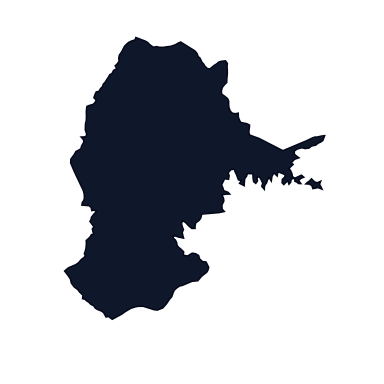 Pedregulho, São Paulo, Brazil, rotated 104°
{"feature_id": "56859067B25451774631659", "entity_name": "Pedregulho", "entity_type": "district", "adm_level": 2, "iso_a3": "BRA", "parent_name": "Brazil", "parent_adm1": "São Paulo", "projection": "albers", "projection_center": [-47.446, -20.16], "detail": "fine", "context": "isolated", "style": "filled", "palette": "ink", "viewbox_px": 384, "rotation_deg": 104, "n_neighbors": 0, "source": "geoboundaries", "source_scale": "gbopen_adm2", "svg_char_len": 4311}
<svg xmlns="http://www.w3.org/2000/svg" viewBox="0 0 384 384"><g transform="rotate(104 192 192)"><path d="M334.1,245.2L333.0,242.9L334.8,238.6L327.4,230.5L324.4,228.0L319.7,223.3L317.1,219.1L315.9,216.4L314.7,211.6L315.4,200.2L315.0,197.1L311.5,192.2L306.6,189.7L304.4,188.9L301.5,187.9L298.5,186.3L293.7,185.9L291.5,185.4L288.5,183.4L286.1,181.1L285.0,178.8L278.7,170.4L276.7,164.9L271.4,162.3L266.3,158.3L264.0,157.6L261.0,157.6L256.5,161.4L256.9,165.1L255.0,168.5L252.0,170.2L251.0,173.7L251.3,177.0L252.9,178.6L255.1,180.8L255.4,185.1L252.1,185.6L250.3,188.6L248.7,192.0L247.1,193.7L244.7,194.7L242.6,196.5L241.5,198.6L239.5,200.1L238.7,197.2L239.0,194.4L238.8,189.0L235.7,190.7L233.5,191.7L230.6,191.2L228.0,193.0L225.2,194.6L222.1,194.1L223.2,190.8L225.7,187.0L227.4,183.4L226.6,180.2L224.4,180.8L221.1,180.9L218.1,178.4L215.4,177.2L211.1,177.2L205.4,160.6L203.1,155.9L201.3,158.6L197.4,159.8L195.0,159.3L193.0,158.9L190.4,159.9L187.5,162.3L186.0,158.7L184.9,154.9L183.6,156.9L183.0,161.6L180.5,163.0L177.9,165.0L174.1,164.2L171.3,163.6L170.8,159.6L167.1,159.9L164.7,161.6L160.8,159.6L159.7,156.4L161.8,155.2L164.4,153.0L169.0,149.9L168.9,146.9L172.1,148.0L172.6,145.7L173.3,142.9L168.9,143.7L166.1,144.0L163.7,142.9L160.8,142.7L160.2,140.1L159.5,137.4L163.5,136.2L167.1,134.7L168.2,132.2L165.5,131.1L161.8,132.6L161.2,130.1L163.4,127.8L166.4,125.5L169.7,125.7L171.9,122.5L169.5,123.0L167.3,122.8L165.3,121.9L161.8,121.6L159.2,120.8L162.2,117.7L157.5,118.2L153.6,117.2L155.9,113.2L151.5,113.5L152.0,110.3L152.3,107.7L153.1,105.5L155.2,105.7L157.9,107.4L161.2,106.9L162.6,104.7L160.3,103.4L157.8,101.9L161.0,99.8L158.9,98.7L155.3,98.7L153.8,95.6L152.7,98.3L150.2,99.4L147.7,101.2L145.6,103.6L142.9,101.9L140.8,100.5L139.6,102.8L135.5,100.4L132.9,96.5L132.1,98.8L130.3,102.1L127.3,102.5L124.8,100.2L122.5,96.0L122.5,92.7L121.0,89.0L118.5,87.2L116.7,83.4L114.0,81.3L112.3,79.1L110.4,77.5L105.2,76.9L106.5,80.2L108.3,83.7L109.0,86.2L110.3,88.1L112.0,90.2L114.5,93.2L129.9,113.8L123.8,139.9L123.2,145.8L122.7,150.1L119.9,151.4L115.4,151.9L113.1,152.4L112.4,155.6L112.6,158.7L112.6,161.8L110.5,163.5L108.2,165.1L104.3,166.2L105.5,168.7L105.8,171.8L104.2,174.5L100.9,176.7L97.6,177.8L95.2,178.3L92.8,180.0L91.1,183.6L89.9,186.8L87.2,187.9L83.3,187.9L80.1,186.5L77.3,184.8L73.0,185.7L68.7,186.3L64.9,187.3L61.6,188.4L58.8,188.7L56.6,191.2L58.0,195.0L59.5,197.6L61.5,198.9L64.1,201.4L66.5,203.1L68.4,204.6L68.4,207.1L66.8,209.9L65.0,211.7L63.5,213.9L61.8,215.2L60.1,216.7L59.1,218.7L56.0,221.0L54.3,223.5L49.2,239.3L51.1,241.7L53.1,243.7L55.7,247.7L57.2,251.6L58.7,255.2L59.5,258.9L59.4,261.2L60.8,264.5L60.0,266.8L58.9,269.3L57.6,271.2L56.8,274.2L56.5,277.2L56.0,281.0L55.7,283.9L58.2,284.1L60.1,287.2L61.8,289.3L63.8,290.9L66.6,292.6L69.6,293.4L72.2,293.9L76.8,295.6L79.8,295.5L82.7,294.4L85.4,295.4L88.2,297.1L90.5,294.8L92.9,297.5L96.4,298.3L98.1,300.2L101.1,301.0L103.8,302.0L106.6,302.9L108.8,304.2L111.2,304.3L113.8,305.8L116.8,306.6L118.0,309.1L120.7,309.7L124.2,310.0L126.1,307.1L129.2,308.0L131.2,309.5L132.4,311.9L134.4,314.7L137.1,314.4L140.1,313.9L143.1,313.0L148.0,311.9L151.3,311.9L154.3,311.3L157.8,310.5L159.7,309.2L161.8,308.0L164.2,308.7L165.5,312.9L167.7,309.7L170.1,309.1L174.1,310.3L177.0,310.3L178.5,311.9L180.9,314.5L184.1,315.3L189.4,317.5L193.1,316.8L200.7,311.1L216.9,297.8L219.7,296.3L222.3,295.4L224.4,294.9L226.5,295.0L228.6,295.9L231.4,295.7L230.2,288.5L231.5,286.0L234.3,284.8L233.4,282.5L233.9,279.9L236.9,281.7L240.6,283.4L243.2,283.4L245.3,283.9L247.8,280.8L249.7,278.6L251.8,279.8L254.8,278.4L256.7,277.0L257.6,279.2L260.8,280.3L264.7,282.9L268.1,281.9L270.8,281.5L272.9,281.2L275.4,281.3L278.0,281.5L279.8,280.0L281.7,281.0L284.6,283.3L288.0,284.9L290.8,287.4L292.9,290.2L295.3,293.4L297.1,294.8L299.5,296.5L301.7,293.7L303.4,291.6L306.0,288.8L309.5,287.1L312.6,283.4L314.2,279.4L316.5,276.5L318.6,272.8L322.0,272.4L322.0,269.9L323.1,267.9L323.9,265.5L325.3,263.4L326.3,259.7L328.1,257.7L328.9,255.1L329.4,251.2L330.4,248.6L334.1,245.2ZM156.6,83.5L156.0,80.2L156.7,77.3L159.5,75.5L157.2,70.7L157.8,66.5L155.9,68.0L153.7,70.1L150.4,69.7L152.8,72.8L152.5,75.6L150.3,79.2L152.9,80.7L154.7,82.3L156.6,83.5ZM153.8,95.6L156.7,94.8L157.1,92.6L158.0,90.6L157.5,88.4L155.2,91.3L152.5,89.7L150.6,87.1L149.2,89.9L153.8,95.6Z" fill="#0f172a" stroke="#020617" stroke-width="1.5"/></g></svg>